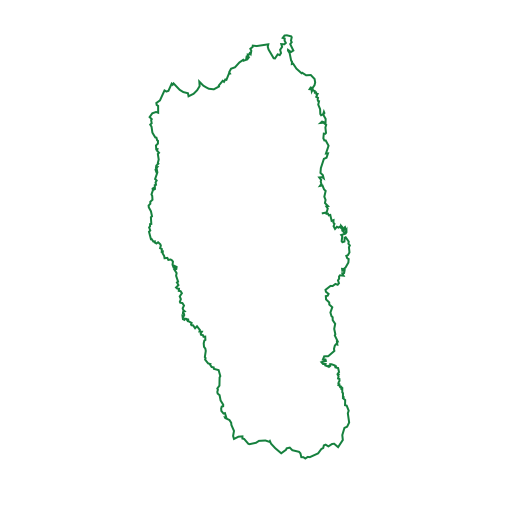 outline of Subang, Jawa Barat, Indonesia, rotated 347°
{"feature_id": "22746128B90150108137034", "entity_name": "Subang", "entity_type": "district", "adm_level": 2, "iso_a3": "IDN", "parent_name": "Indonesia", "parent_adm1": "Jawa Barat", "projection": "equal_earth", "projection_center": [107.682, -6.498], "detail": "fine", "context": "isolated", "style": "outline", "palette": "green", "viewbox_px": 512, "rotation_deg": 347, "n_neighbors": 0, "source": "geoboundaries", "source_scale": "gbopen_adm2", "svg_char_len": 6072}
<svg xmlns="http://www.w3.org/2000/svg" viewBox="0 0 512 512"><g transform="rotate(347 256 256)"><path d="M263.2,464.1L272.1,462.3L276.2,458.8L278.3,458.2L279.5,455.8L281.4,455.5L283.7,457.8L287.7,456.3L289.9,456.5L293.0,460.7L299.2,454.8L299.8,449.9L303.5,443.4L306.4,442.8L309.3,439.2L310.1,429.9L311.5,427.6L310.7,422.2L309.2,421.4L310.5,416.4L308.8,414.2L309.6,413.3L309.0,412.9L309.9,409.2L309.4,408.4L310.0,405.5L309.4,404.9L310.4,404.1L309.7,402.9L309.3,403.6L308.5,402.8L308.3,401.1L307.4,400.5L308.3,399.7L307.5,399.0L308.1,397.7L309.3,396.4L309.6,394.5L308.4,393.8L309.4,391.7L308.9,390.1L309.8,389.9L309.3,389.0L310.8,387.8L310.8,383.6L309.0,382.8L309.0,381.7L308.3,381.9L308.2,380.4L305.3,378.5L304.0,378.1L303.6,379.8L302.5,380.3L302.3,378.6L301.7,380.1L298.9,378.2L299.5,376.9L297.0,376.3L295.9,374.2L300.5,374.0L300.4,372.5L297.9,371.9L299.9,369.1L303.8,369.9L311.0,366.1L311.1,364.0L312.7,361.0L314.4,359.8L315.3,360.5L315.6,357.6L316.4,357.7L314.9,351.1L315.7,350.1L315.8,344.6L317.9,339.9L316.3,335.8L316.9,332.9L316.0,331.5L315.8,327.8L318.8,323.1L316.5,319.8L316.9,317.7L314.5,314.1L315.0,310.8L316.9,310.8L318.2,309.3L316.1,306.6L316.1,304.6L321.9,301.9L323.9,302.5L327.1,301.1L329.1,302.4L330.7,301.2L330.4,298.2L331.9,296.8L332.3,294.7L333.5,293.7L336.9,294.9L336.2,292.3L338.0,292.4L339.1,289.9L336.8,289.8L337.0,287.9L338.4,288.4L340.6,287.4L344.5,283.2L345.6,279.8L344.4,278.7L344.0,276.2L345.8,275.8L347.9,273.5L348.5,268.4L349.8,266.8L348.8,264.8L349.6,262.9L347.6,257.9L346.5,258.2L345.4,261.8L343.3,262.0L342.8,260.8L344.5,256.2L343.8,254.7L348.3,254.3L349.5,253.2L349.9,251.3L347.6,253.9L346.4,251.5L349.3,249.3L349.2,247.9L346.0,249.6L346.5,247.1L345.7,245.7L345.2,247.8L344.1,246.3L342.7,246.9L341.4,245.7L339.1,247.4L338.3,244.4L339.7,242.3L338.9,240.9L339.6,238.5L337.6,238.8L337.6,232.7L336.1,232.8L335.6,230.9L334.1,230.7L333.8,229.5L329.7,229.3L334.6,229.4L336.6,225.9L335.7,223.6L337.4,223.6L335.1,219.9L336.4,217.0L335.9,213.6L338.5,208.3L337.3,206.4L336.6,202.2L334.1,202.1L335.9,200.5L335.8,198.1L336.6,196.5L335.3,193.7L338.3,194.1L339.4,195.4L339.3,192.2L337.5,189.5L339.0,184.9L344.0,176.6L346.8,176.1L349.2,172.2L347.2,171.9L351.5,164.9L349.9,159.1L348.6,158.8L348.1,156.5L349.6,152.0L351.0,152.5L351.9,151.8L352.5,146.4L353.9,144.0L351.7,141.3L348.8,140.9L350.6,139.9L353.7,141.9L354.7,138.1L353.3,133.4L354.8,132.1L354.6,130.8L353.4,132.9L351.1,133.5L350.6,132.1L351.5,127.3L350.7,122.5L352.2,119.4L351.4,119.0L351.2,117.6L352.0,115.8L350.5,114.5L352.4,112.0L351.3,111.7L351.4,110.2L350.1,110.1L350.4,108.5L348.8,107.5L348.8,106.4L347.4,108.1L347.6,106.1L345.8,105.5L347.2,104.1L348.8,105.1L351.4,102.8L352.7,100.2L352.9,96.7L350.1,92.0L345.5,91.2L342.3,87.9L341.5,88.2L337.5,82.5L335.4,76.9L334.1,77.0L334.8,74.6L334.2,73.6L334.4,65.8L333.4,63.1L333.6,62.4L336.0,65.1L338.6,64.2L337.0,57.2L338.9,55.7L338.5,54.1L340.0,50.9L339.7,49.9L335.7,47.9L333.4,47.6L331.1,49.5L332.9,50.6L332.3,52.6L333.0,55.1L331.2,56.1L328.3,55.2L328.5,58.1L325.9,60.5L326.0,63.9L324.3,65.6L322.5,64.4L318.9,67.8L317.7,67.3L314.7,57.7L314.5,54.8L315.6,52.5L303.9,51.6L300.2,50.3L299.7,51.6L297.1,52.8L297.6,55.0L296.2,58.2L295.5,57.0L294.5,58.1L293.3,57.8L293.3,59.4L291.8,59.4L291.3,60.6L293.0,60.2L293.7,60.8L291.7,62.5L287.8,62.9L287.6,62.0L283.3,63.7L278.0,67.4L273.8,67.9L271.2,70.9L271.7,72.4L270.5,72.4L266.8,77.7L265.8,77.1L264.0,79.1L263.0,77.8L258.1,81.5L258.1,82.5L252.4,84.1L247.6,82.4L245.4,80.5L243.0,78.2L240.0,73.3L239.3,77.8L236.0,81.2L231.7,83.9L226.2,85.2L226.3,82.1L222.0,79.9L219.0,76.9L214.5,69.3L213.3,70.4L212.6,69.1L207.8,75.4L205.7,75.6L204.1,74.1L197.4,82.8L193.3,84.5L193.2,86.5L194.4,87.7L192.9,94.4L191.0,93.2L187.1,93.6L183.6,96.7L185.2,99.2L184.4,100.0L184.2,103.2L182.5,104.2L183.3,106.5L182.8,112.5L184.5,117.8L185.6,118.3L185.7,121.0L186.4,121.8L185.7,124.4L183.4,125.8L182.8,129.6L184.0,129.7L183.3,131.2L184.7,133.6L183.3,134.5L182.9,140.1L181.2,143.4L181.6,144.1L179.2,145.5L178.6,147.0L179.8,147.2L177.5,149.3L177.7,151.0L178.8,150.0L178.7,152.4L175.0,158.3L176.2,160.1L174.7,161.7L174.6,164.1L173.3,164.2L172.6,168.0L171.5,168.3L171.1,166.8L170.4,167.1L170.3,168.8L168.0,172.5L168.4,174.1L167.8,177.9L165.2,179.4L164.8,181.3L162.7,182.7L162.5,184.5L163.7,188.8L163.6,193.9L162.3,194.6L161.2,201.2L160.0,201.1L159.4,203.3L158.3,204.1L158.7,207.4L157.2,208.3L157.4,216.0L158.1,216.0L159.2,218.8L160.7,219.0L160.4,220.1L161.8,221.4L163.7,220.6L165.4,223.1L165.6,224.5L164.3,226.8L165.8,228.0L165.1,230.7L166.2,230.7L165.6,232.5L166.5,235.2L166.4,237.6L169.2,237.9L169.7,240.1L172.0,240.2L173.2,241.4L173.8,242.8L172.7,245.7L173.1,248.8L174.5,249.7L174.7,247.6L176.2,248.8L175.4,250.8L173.4,250.9L174.8,254.8L173.7,257.3L174.3,263.5L173.0,264.0L173.9,266.9L171.0,268.7L171.9,270.0L173.6,270.6L172.9,272.6L174.6,273.3L175.4,275.6L172.6,278.2L173.1,281.1L171.5,283.5L171.7,284.5L173.7,285.3L174.7,288.1L172.8,290.4L172.9,292.2L174.1,293.9L172.3,294.2L171.8,295.8L172.8,296.3L172.8,297.4L171.7,298.7L170.9,298.0L170.6,301.1L171.9,302.1L172.6,301.1L174.0,301.6L174.6,303.3L175.8,301.8L175.3,304.2L178.2,306.7L177.3,308.2L177.6,309.0L179.1,309.4L180.4,312.7L182.7,311.2L184.7,315.5L183.9,316.9L186.2,317.6L184.6,319.3L184.7,320.4L186.5,321.2L186.7,322.9L188.4,323.1L187.8,326.4L186.6,326.8L185.4,329.3L184.9,332.8L185.8,334.8L185.7,337.2L183.4,343.0L183.9,344.1L183.1,345.5L185.2,349.9L187.2,351.0L186.8,351.5L187.8,354.2L189.7,355.0L189.6,356.5L193.9,358.8L194.2,365.0L193.2,366.2L191.2,374.1L188.5,376.4L188.8,377.7L187.7,379.8L187.7,381.4L189.2,383.4L189.0,388.8L190.6,393.5L190.2,395.0L188.7,395.0L187.7,396.9L187.4,399.2L188.9,402.2L190.4,402.1L190.7,406.6L189.4,406.2L189.6,407.0L193.2,409.8L194.3,412.9L194.0,415.1L195.2,421.5L193.2,426.2L193.4,429.3L198.3,428.1L202.2,428.7L201.7,430.8L203.3,431.6L206.3,437.3L207.4,437.9L214.0,438.0L217.3,436.8L223.7,437.9L227.1,440.0L227.9,439.4L228.4,442.2L231.5,447.6L236.2,453.9L241.6,451.6L242.6,450.3L245.8,450.3L247.7,453.4L253.9,456.5L254.9,458.3L254.9,462.2L256.9,462.7L258.5,464.4L261.2,463.4L263.2,464.1Z" fill="none" stroke="#15803d" stroke-width="2"/></g></svg>